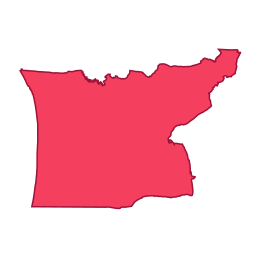 Pueblo Viejo, Colombia (Mercator projection), rotated 272°
{"feature_id": "7082276B85256872918621", "entity_name": "Pueblo Viejo", "entity_type": "district", "adm_level": 2, "iso_a3": "COL", "parent_name": "Colombia", "parent_adm1": "", "projection": "mercator", "projection_center": [-74.321, 10.832], "detail": "fine", "context": "isolated", "style": "filled", "palette": "rose", "viewbox_px": 256, "rotation_deg": 272, "n_neighbors": 0, "source": "geoboundaries", "source_scale": "gbopen_adm2", "svg_char_len": 5922}
<svg xmlns="http://www.w3.org/2000/svg" viewBox="0 0 256 256"><g transform="rotate(272 128 128)"><path d="M181.9,18.9L181.5,18.2L175.3,22.0L171.2,24.2L168.3,25.5L166.4,26.8L165.8,28.0L164.9,28.4L164.1,28.4L162.4,29.6L162.6,29.8L159.2,31.4L159.2,31.2L158.7,31.3L158.3,31.9L154.0,33.1L148.0,34.5L142.3,35.6L128.7,37.7L111.7,38.3L99.5,38.1L85.8,38.5L80.4,38.4L70.1,37.8L67.2,37.3L58.5,36.5L52.9,35.8L46.0,34.6L48.1,108.3L48.4,111.2L47.3,119.2L47.3,122.2L47.7,123.2L48.2,123.5L48.7,124.4L48.8,128.1L49.9,134.2L50.7,134.9L54.0,137.0L56.3,139.7L56.8,140.9L57.5,141.6L58.4,144.1L59.5,145.1L60.3,147.4L61.0,152.0L61.1,155.2L61.0,156.5L60.7,156.9L61.0,157.8L60.7,161.7L60.8,163.0L60.5,165.1L60.7,167.1L59.9,173.4L60.6,175.8L60.7,178.0L61.1,179.5L61.6,180.5L61.8,182.5L62.4,182.8L62.4,183.5L63.0,184.6L63.1,186.8L63.6,188.1L63.7,189.0L63.4,190.9L62.6,193.0L63.0,194.5L64.4,194.9L67.3,195.1L75.8,193.8L76.9,193.3L78.6,193.3L79.3,193.6L79.6,194.0L79.5,194.9L79.7,195.4L81.1,196.8L81.5,196.8L81.8,195.8L81.7,194.7L82.2,193.6L83.3,193.0L86.0,192.5L85.6,192.0L84.8,192.1L84.9,191.7L88.4,191.7L94.3,191.1L95.3,190.7L98.0,190.2L98.4,189.3L103.3,188.2L105.7,187.2L109.8,185.0L110.7,184.9L111.5,184.0L113.8,182.9L113.6,181.9L113.9,180.3L113.8,179.8L114.2,178.3L114.3,176.4L114.1,175.4L114.3,175.6L114.4,175.2L114.2,174.8L113.5,174.8L116.5,172.3L117.2,171.4L117.6,170.3L117.5,169.9L117.3,170.1L116.9,169.9L116.4,170.3L115.8,170.1L115.5,169.8L115.2,170.1L114.9,170.0L114.7,171.0L114.5,170.4L114.7,169.5L115.0,169.2L118.6,168.5L120.1,169.1L121.1,170.4L122.1,171.0L125.7,171.4L126.4,172.3L127.5,172.9L127.9,173.6L129.2,173.6L129.8,174.4L131.3,175.4L131.5,176.3L132.4,177.3L132.3,178.4L132.7,179.9L133.6,180.7L133.2,182.1L133.2,183.6L134.0,185.9L134.8,187.3L137.7,190.7L139.0,192.6L143.5,197.3L145.0,199.5L145.2,200.2L145.7,200.6L146.3,202.2L147.6,203.9L148.5,205.6L152.6,210.3L153.3,210.6L154.7,210.0L158.4,209.4L159.7,208.4L163.2,208.2L164.3,208.4L164.7,208.1L165.1,207.4L165.5,207.4L165.8,207.6L166.0,208.5L168.0,210.5L169.0,210.7L169.7,211.6L171.1,211.2L171.4,212.4L172.3,212.6L172.7,213.1L173.8,213.7L174.0,214.2L173.3,215.2L173.4,215.9L174.4,215.9L174.8,216.4L175.3,216.6L176.3,216.0L176.7,216.1L176.7,217.3L177.1,218.8L178.3,221.0L179.5,221.7L181.2,222.3L181.6,222.2L182.2,221.4L182.9,221.7L183.5,222.7L183.6,223.6L183.2,224.6L182.3,224.9L182.0,225.4L182.2,226.0L183.0,226.7L182.8,227.6L183.0,228.4L182.8,229.3L183.1,229.6L184.0,229.9L186.2,233.2L187.1,233.2L191.5,234.2L191.9,234.1L192.9,234.6L196.0,233.8L197.3,234.3L200.3,234.5L207.2,237.8L207.6,237.3L206.8,236.9L206.7,236.1L207.2,235.5L207.5,234.7L208.1,234.6L208.3,235.2L208.6,235.4L209.7,234.8L210.0,234.5L209.6,228.5L209.8,215.7L206.8,218.4L206.4,218.5L205.9,218.0L204.7,217.8L204.1,217.1L203.5,216.9L203.4,216.3L202.6,215.7L202.3,215.0L201.7,214.5L201.3,214.7L200.6,213.6L200.1,213.6L199.8,213.2L198.7,213.3L198.2,213.0L197.6,213.3L197.2,213.1L197.2,211.8L198.1,211.5L198.1,211.2L197.8,210.9L198.1,210.7L198.1,209.9L198.8,209.6L198.6,208.8L199.0,208.6L199.5,207.6L199.4,206.7L199.1,206.1L199.4,205.4L199.8,205.0L199.7,204.1L200.3,203.1L200.4,202.0L199.8,201.4L199.7,200.8L199.1,200.8L197.6,198.8L197.5,198.4L196.6,198.4L195.7,198.7L195.4,198.4L193.9,195.0L192.4,189.9L191.8,189.0L191.1,180.6L191.4,178.7L191.2,175.8L191.6,173.6L191.6,171.7L190.7,168.7L190.8,168.0L192.1,165.4L193.1,162.7L193.3,161.3L193.0,158.1L192.6,157.2L191.9,156.9L191.6,156.2L190.9,155.8L188.7,155.8L187.4,155.2L187.0,155.0L186.2,153.7L184.7,152.7L183.9,152.6L183.7,151.7L182.7,150.5L180.2,149.0L180.6,148.1L179.7,147.7L179.5,147.0L180.5,144.2L181.1,143.9L183.5,141.1L183.4,140.9L183.8,140.9L184.3,140.1L184.2,139.4L184.6,138.7L184.4,137.4L184.7,136.8L184.7,134.1L185.5,128.2L185.5,127.9L182.4,127.6L181.6,127.1L181.3,126.5L178.3,125.1L177.6,124.1L176.8,122.0L177.2,121.2L176.9,119.7L177.4,118.2L177.4,116.9L178.0,116.1L179.3,115.3L179.6,114.1L179.5,113.7L178.6,113.8L177.8,113.5L177.8,112.8L178.1,111.9L177.3,111.4L177.2,111.0L178.2,109.6L179.4,108.1L181.0,108.3L181.0,106.2L178.9,103.7L178.4,103.3L178.0,103.3L177.8,103.6L177.8,104.6L177.6,104.8L175.9,104.6L175.0,104.1L174.3,102.6L173.8,102.0L173.2,102.0L171.5,103.3L170.7,103.4L170.0,102.7L169.5,101.6L170.5,101.4L170.2,100.1L171.7,99.8L171.3,100.4L171.5,100.6L172.3,100.0L171.9,99.8L172.2,99.5L172.5,99.6L172.5,99.4L172.7,99.2L172.4,99.0L172.8,98.7L172.4,98.5L172.4,97.7L171.3,97.8L171.5,98.0L171.2,98.0L170.9,97.3L171.4,97.0L171.5,97.5L171.9,97.4L171.7,97.1L172.0,96.6L171.7,96.3L172.2,95.9L172.7,96.3L172.6,96.9L172.8,96.5L173.2,96.5L172.8,96.4L173.0,96.1L173.6,96.2L173.7,96.5L173.3,96.6L174.1,96.7L174.4,96.4L173.8,96.3L174.5,95.1L174.2,95.1L174.5,94.8L174.1,94.9L174.2,94.0L173.8,93.6L174.2,93.5L174.1,93.1L175.3,93.4L174.8,92.7L174.3,93.0L174.6,92.5L175.1,92.6L174.5,91.8L174.3,92.0L174.3,91.4L174.0,91.4L174.0,91.8L173.8,91.9L173.7,91.3L173.3,91.4L173.6,91.1L173.2,90.7L173.5,90.7L174.0,89.3L173.7,89.0L173.4,89.2L173.4,88.7L173.2,89.2L172.9,89.0L173.0,88.7L172.8,88.2L173.1,88.0L172.8,87.6L172.8,87.1L173.4,86.9L173.8,87.2L173.7,88.1L174.7,87.6L174.9,88.1L175.2,86.5L174.4,87.2L174.6,87.5L174.4,87.5L173.9,87.3L173.9,87.0L174.4,86.8L174.7,86.4L174.2,86.5L173.9,86.0L174.1,85.9L174.5,86.0L175.2,85.3L175.5,85.6L175.8,85.4L175.8,85.7L176.0,85.4L176.6,85.7L176.3,85.3L176.6,85.1L176.6,84.6L175.8,85.1L176.0,84.7L175.6,84.4L175.9,84.2L175.7,83.9L176.3,83.9L176.6,83.3L177.4,83.3L177.5,83.5L177.3,83.9L177.5,84.3L177.7,83.4L178.2,83.0L178.0,82.7L178.6,82.2L179.1,82.3L179.0,82.1L179.4,81.4L179.7,81.7L180.3,81.4L180.7,81.7L181.6,80.7L182.2,81.0L182.2,80.5L181.7,80.1L182.1,79.9L182.5,80.1L182.9,79.8L183.4,80.0L183.8,79.7L183.9,77.9L183.4,73.8L182.3,70.3L182.5,67.0L182.3,66.2L180.8,64.5L180.9,62.9L180.4,60.7L180.6,54.7L180.4,50.8L180.9,48.0L181.2,36.5L181.6,31.9L181.7,26.9L181.9,25.4L181.9,20.9L182.4,20.2L182.5,20.4L183.7,19.5L183.3,19.6L183.2,19.4L182.1,20.2L181.5,19.2L181.9,18.9Z" fill="#f43f5e" stroke="#9f1239" stroke-width="1.5"/></g></svg>